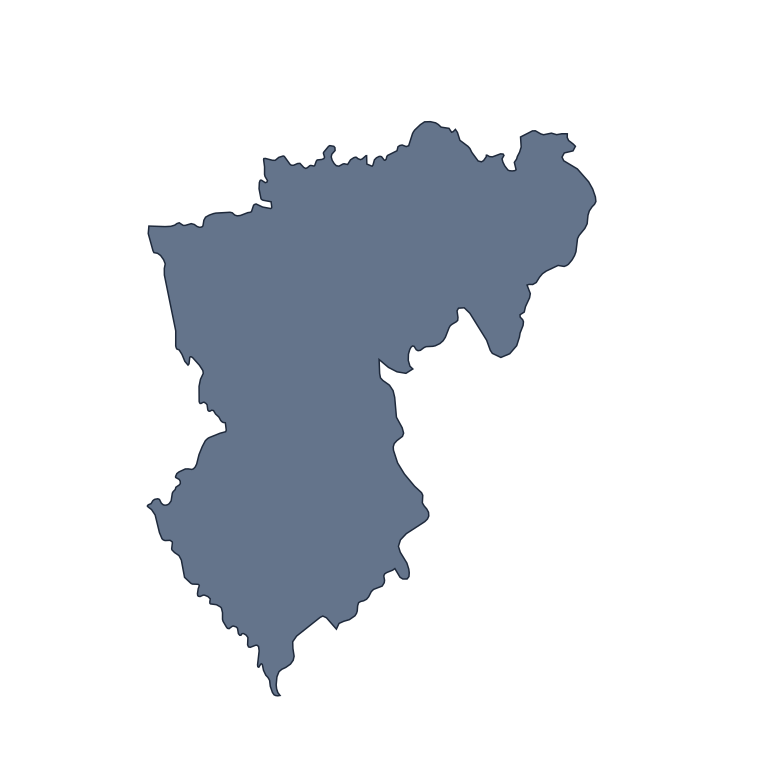 SVG path tracing the border of Sumy, rotated 69°
{"feature_id": "UKR-325", "entity_name": "Sumy", "entity_type": "Region", "adm_level": 1, "iso_a3": "UKR", "parent_name": "Ukraine", "parent_adm1": "", "projection": "natural_earth1", "projection_center": [34.032, 51.234], "detail": "fine", "context": "isolated", "style": "filled", "palette": "slate", "viewbox_px": 768, "rotation_deg": 69, "n_neighbors": 0, "source": "natural_earth", "source_scale": "10m", "svg_char_len": 6158}
<svg xmlns="http://www.w3.org/2000/svg" viewBox="0 0 768 768"><g transform="rotate(69 384 384)"><path d="M276.8,119.3L285.1,119.6L289.6,120.8L291.7,123.1L293.1,126.2L296.0,130.3L299.6,133.1L307.2,136.9L310.7,140.7L315.2,148.6L317.6,151.2L329.3,157.4L332.4,160.1L335.5,163.9L338.3,168.9L338.8,171.1L338.8,173.7L335.7,179.0L336.7,192.0L337.8,196.5L340.0,200.5L343.8,205.5L344.4,209.5L343.0,212.9L342.9,215.0L352.0,215.0L355.7,217.2L362.5,224.2L367.1,227.3L368.1,232.2L370.3,232.9L373.7,231.5L375.9,231.5L379.2,233.2L385.2,238.7L388.8,240.8L395.8,246.4L400.8,255.8L401.1,265.4L394.2,271.9L390.6,272.7L379.9,272.5L348.7,278.5L341.6,281.8L339.9,287.3L341.9,289.6L348.4,291.1L351.0,292.4L351.8,294.2L352.6,299.0L353.3,301.2L354.7,303.0L362.4,310.0L364.8,313.3L366.3,317.4L366.7,322.5L366.3,325.0L364.2,331.4L364.4,333.8L365.6,337.9L365.1,340.3L363.6,341.6L359.6,342.4L358.7,343.8L359.4,345.7L361.2,347.7L364.9,350.5L370.7,352.9L376.7,353.4L380.3,351.7L381.9,359.7L377.3,367.5L370.1,373.9L359.4,379.8L372.6,384.3L377.0,385.1L380.3,383.8L387.1,379.3L393.5,377.9L400.3,378.8L419.5,384.3L431.4,382.7L436.9,383.3L439.5,385.5L441.5,392.3L443.3,395.8L446.0,397.9L449.2,398.9L462.6,399.6L475.4,397.2L490.4,392.1L498.9,387.9L501.8,387.7L508.7,390.8L512.3,390.2L515.9,388.9L519.7,388.4L523.3,389.5L525.6,391.8L527.1,395.2L531.7,416.8L535.4,424.5L540.7,428.7L546.9,429.1L559.4,426.8L565.7,427.2L569.3,428.1L572.7,429.7L574.3,432.3L572.8,436.3L570.2,438.3L560.2,440.0L560.9,442.6L561.0,449.0L561.5,451.4L563.1,453.0L567.4,453.8L569.6,455.0L572.0,458.1L572.0,467.3L573.3,470.3L577.1,474.5L578.7,477.4L579.1,480.7L578.7,483.6L579.0,486.0L581.6,488.1L586.3,490.3L588.3,491.9L590.0,494.2L591.6,500.8L591.1,506.6L591.4,511.8L595.8,516.3L581.6,521.5L578.7,524.3L579.0,527.3L588.0,555.9L591.9,561.6L598.2,563.8L606.0,565.5L609.4,567.8L612.0,571.7L613.4,577.3L613.7,581.5L614.9,585.1L619.0,588.9L626.3,592.5L630.1,593.5L634.0,593.7L637.5,592.7L637.0,595.0L636.0,596.8L634.8,598.0L632.0,598.7L625.5,598.5L619.7,597.0L616.4,597.5L613.5,598.7L608.1,599.1L602.2,598.1L601.3,598.7L601.4,599.6L603.5,602.3L603.3,602.8L602.6,603.1L600.9,602.7L588.4,596.2L584.1,595.2L582.3,596.2L581.9,597.5L581.9,603.2L580.9,604.7L578.6,604.8L571.9,601.9L569.0,602.7L566.7,604.5L566.3,605.6L566.4,606.5L567.3,607.6L566.9,608.7L564.9,609.4L559.5,608.3L557.8,609.1L555.9,611.5L555.8,612.5L556.9,616.3L556.0,617.7L554.5,618.2L547.9,619.3L545.8,619.1L539.6,616.7L534.9,616.1L533.5,616.6L530.0,619.5L527.1,624.8L526.3,625.1L525.0,624.7L522.3,623.2L519.4,624.5L516.9,627.1L516.3,628.5L516.5,631.9L515.6,633.4L514.6,633.7L512.9,633.3L508.5,630.8L506.1,628.7L505.4,628.7L504.4,629.3L502.1,634.6L500.9,635.7L493.0,639.5L475.7,636.3L470.7,636.9L466.2,640.0L462.9,641.4L461.8,641.3L456.5,638.5L455.5,638.3L453.3,639.7L451.7,644.5L450.5,645.9L448.9,646.7L442.3,646.9L424.3,644.6L418.0,646.0L413.6,648.7L412.8,648.4L412.3,647.3L412.2,644.3L410.1,641.6L409.7,640.4L409.5,639.3L410.1,636.3L411.3,635.0L415.4,634.6L417.5,633.5L418.3,632.6L419.0,630.8L419.1,629.0L418.7,627.4L416.8,624.6L410.0,620.7L408.9,619.4L407.7,616.7L405.8,615.3L404.8,611.1L403.9,609.8L401.8,609.1L399.7,609.4L396.6,612.0L395.6,611.7L393.4,609.5L392.6,607.0L392.1,600.0L393.1,597.2L394.9,594.0L394.9,592.3L393.9,590.1L391.6,587.6L383.6,582.0L377.3,576.1L372.9,571.1L371.7,568.2L371.4,566.5L371.2,554.7L371.8,549.0L370.6,547.8L363.3,546.0L362.3,547.9L361.2,548.8L359.6,549.5L355.7,550.0L351.7,552.0L347.7,552.7L346.7,554.2L347.0,556.0L346.8,556.9L346.2,557.5L345.1,557.8L339.9,556.6L338.3,557.2L336.5,558.5L336.3,559.4L336.6,561.8L336.3,562.6L335.4,562.9L334.0,562.8L319.9,557.5L313.9,553.7L309.3,548.9L306.5,548.3L300.3,549.6L290.8,553.2L289.5,554.2L289.2,554.9L289.5,555.8L295.3,558.8L296.1,560.2L291.5,561.8L284.0,562.0L278.8,563.0L277.0,564.9L275.6,565.0L273.8,564.8L259.8,559.4L203.6,550.0L197.4,547.7L193.5,545.2L189.1,545.2L184.0,546.5L180.8,548.6L178.9,551.7L176.7,551.9L159.1,550.2L152.3,546.9L158.6,532.0L160.4,526.5L160.7,522.5L160.0,519.8L160.1,517.4L164.0,514.6L164.7,512.7L165.2,506.5L167.1,503.9L169.9,502.1L171.5,500.3L172.0,498.7L172.0,497.3L171.4,496.3L166.6,493.5L164.3,490.8L163.7,486.6L163.8,482.2L164.2,479.7L168.5,466.2L169.8,464.3L172.8,462.8L174.4,460.8L175.2,457.7L175.2,449.7L175.8,447.2L175.5,445.9L170.5,441.8L170.0,440.8L170.1,438.9L175.3,433.9L179.6,426.9L179.4,426.0L178.6,425.4L173.4,424.1L169.0,431.2L167.6,432.3L166.6,432.4L157.0,430.7L151.3,428.2L149.6,426.7L149.5,425.9L149.9,425.3L153.5,422.7L153.6,421.0L152.4,419.9L147.7,420.7L145.5,420.4L138.5,417.7L131.4,416.0L130.5,415.4L130.9,413.9L135.2,407.9L136.2,405.4L134.7,401.0L135.0,396.4L135.8,395.5L145.2,393.0L146.1,392.4L146.8,391.7L147.4,389.9L147.2,385.7L147.9,383.4L153.1,381.3L154.7,379.8L154.6,378.0L153.6,375.1L153.7,374.0L155.4,371.3L155.3,370.5L151.7,367.4L150.9,366.1L152.1,361.5L152.0,359.3L150.9,358.2L146.9,357.9L146.1,357.4L142.3,350.7L142.0,349.4L142.3,348.7L144.1,345.7L145.8,345.1L148.5,346.0L150.8,350.4L153.1,351.9L156.6,352.2L160.5,351.5L163.1,350.3L164.5,348.0L163.9,343.5L164.1,342.3L166.0,339.3L162.7,334.9L161.9,331.2L162.0,329.5L162.5,328.5L164.3,327.6L166.1,325.6L166.1,323.7L164.4,319.0L164.6,318.4L172.5,321.2L176.4,317.1L175.6,315.8L171.3,312.6L170.1,310.0L169.8,307.0L170.3,305.6L171.0,304.8L175.2,303.5L175.5,302.9L175.0,301.5L172.6,299.8L171.9,298.7L170.9,288.3L167.5,285.9L167.0,283.8L167.4,281.4L170.3,278.2L170.4,275.6L160.4,267.6L159.1,266.1L157.9,264.3L154.9,257.1L153.8,252.2L155.7,246.7L158.7,242.2L161.2,240.3L164.7,238.6L168.6,231.7L173.2,230.7L173.2,229.0L171.9,226.1L175.5,225.3L183.7,225.8L192.3,220.4L195.0,219.4L199.3,219.0L209.5,216.2L211.5,213.4L211.1,211.0L208.4,207.0L207.1,206.5L207.2,205.9L209.5,204.0L210.8,201.4L210.9,192.7L212.0,190.4L213.6,190.1L216.1,193.1L219.4,193.5L223.7,193.1L228.7,191.6L229.7,190.6L231.0,188.1L231.7,185.4L231.3,183.9L223.8,182.9L221.5,179.6L219.4,178.0L216.1,174.3L211.9,171.0L202.3,168.0L200.9,154.7L201.9,151.9L206.7,148.0L208.5,145.7L209.8,137.8L213.1,133.5L214.1,128.3L216.1,123.2L219.5,124.6L222.8,124.4L227.9,121.3L230.7,120.1L234.1,124.0L232.9,132.9L236.0,136.5L240.0,136.2L252.5,126.4L268.5,120.5L276.8,119.3Z" fill="#64748b" stroke="#1e293b" stroke-width="1.5"/></g></svg>